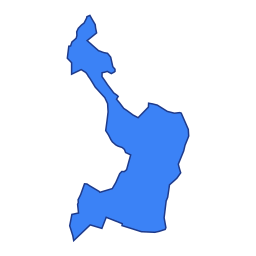 Ekiti West, Ekiti, Nigeria
{"feature_id": "59680162B72061925749770", "entity_name": "Ekiti West", "entity_type": "district", "adm_level": 2, "iso_a3": "NGA", "parent_name": "Nigeria", "parent_adm1": "Ekiti", "projection": "orthographic", "projection_center": [4.99, 7.712], "detail": "fine", "context": "isolated", "style": "filled", "palette": "blue", "viewbox_px": 256, "rotation_deg": 0, "n_neighbors": 0, "source": "geoboundaries", "source_scale": "gbopen_adm2", "svg_char_len": 1597}
<svg xmlns="http://www.w3.org/2000/svg" viewBox="0 0 256 256"><path d="M89.4,15.6L86.9,16.7L86.6,18.1L84.1,23.0L81.4,25.1L78.3,28.3L76.7,31.8L76.9,35.5L76.2,38.2L75.1,39.2L71.9,42.0L70.6,46.0L68.8,46.2L68.2,51.1L67.3,58.2L71.6,62.7L71.6,69.4L71.6,74.2L81.2,69.6L85.8,72.5L87.5,74.7L88.4,76.4L89.7,78.1L91.9,81.6L95.2,87.1L100.4,92.8L104.8,97.6L107.6,103.6L108.1,111.9L107.0,121.0L105.7,130.6L108.6,135.1L110.9,139.7L112.4,141.9L115.8,144.9L118.0,146.1L122.2,147.5L124.4,149.4L125.6,152.5L130.7,154.9L126.6,169.7L124.3,171.6L121.8,171.5L119.7,173.7L115.9,182.4L112.3,188.6L99.9,192.3L99.1,191.4L89.5,185.7L87.0,184.0L84.5,183.8L80.7,194.5L79.5,197.0L78.1,199.7L78.3,202.6L77.6,204.3L78.5,213.0L71.9,214.4L69.7,225.8L72.8,235.7L73.7,240.6L90.2,224.9L101.9,228.4L106.2,217.3L122.3,223.7L122.0,225.6L129.4,227.9L141.4,231.7L154.8,232.3L159.0,231.4L165.2,229.4L165.9,227.6L164.1,217.8L166.2,200.6L166.5,200.2L167.7,197.2L169.5,184.8L174.4,180.5L176.9,178.2L180.7,172.8L179.8,169.9L178.8,166.3L178.3,164.1L183.7,150.9L185.0,145.3L187.6,138.9L188.7,136.0L188.3,129.4L181.2,113.1L179.8,112.6L174.4,113.2L167.3,111.4L157.3,105.1L152.6,103.9L148.6,103.2L148.4,107.1L138.1,117.7L133.0,115.0L126.6,110.3L123.7,108.4L119.8,103.2L116.5,99.2L118.2,96.4L116.8,95.1L113.7,92.9L107.5,84.7L104.9,80.8L102.0,76.7L102.1,72.7L104.6,72.2L107.3,71.4L111.3,73.6L114.1,72.1L115.0,71.4L115.0,70.4L115.0,69.2L112.8,66.7L110.7,57.2L108.7,54.7L107.5,53.3L104.3,52.7L102.6,52.2L99.8,51.1L98.5,50.7L87.1,40.6L96.6,32.9L95.6,28.1L95.2,24.6L91.4,18.1L89.9,15.4L89.4,15.6Z" fill="#3b82f6" stroke="#1e3a8a" stroke-width="1.5"/></svg>